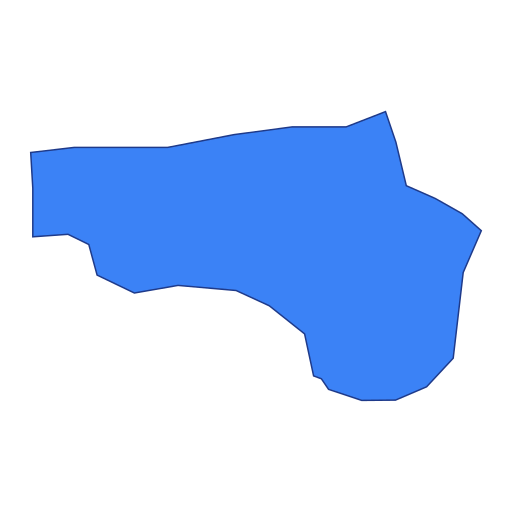 an SVG outline of Encamp
{"feature_id": "AND-4880", "entity_name": "Encamp", "entity_type": "state/province", "adm_level": 1, "iso_a3": "AND", "parent_name": "Andorra", "parent_adm1": "", "projection": "robinson", "projection_center": [1.643, 42.533], "detail": "fine", "context": "isolated", "style": "filled", "palette": "blue", "viewbox_px": 512, "rotation_deg": 0, "n_neighbors": 0, "source": "natural_earth", "source_scale": "10m", "svg_char_len": 509}
<svg xmlns="http://www.w3.org/2000/svg" viewBox="0 0 512 512"><path d="M481.3,230.7L463.2,272.5L453.2,358.2L426.6,386.8L395.5,400.1L361.7,400.4L328.6,389.4L321.4,378.8L313.6,375.9L304.6,333.9L269.3,305.8L236.1,290.5L178.0,285.4L134.4,293.0L97.1,275.1L88.8,244.5L68.0,234.3L32.8,236.8L32.8,188.3L30.7,152.5L74.3,147.4L113.7,147.4L167.7,147.4L234.1,134.6L292.1,126.9L346.1,126.9L385.5,111.6L395.9,142.2L406.3,185.7L435.3,198.5L462.3,213.8L481.3,230.7Z" fill="#3b82f6" stroke="#1e3a8a" stroke-width="1.5"/></svg>